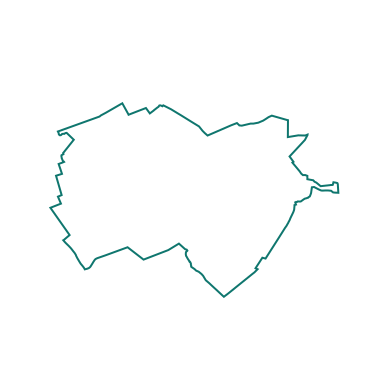 outline of Girov, Neamt, Romania, rotated 157°
{"feature_id": "2599482B5829792853228", "entity_name": "Girov", "entity_type": "district", "adm_level": 2, "iso_a3": "ROU", "parent_name": "Romania", "parent_adm1": "Neamt", "projection": "natural_earth1", "projection_center": [26.486, 46.949], "detail": "fine", "context": "isolated", "style": "outline", "palette": "teal", "viewbox_px": 384, "rotation_deg": 157, "n_neighbors": 0, "source": "geoboundaries", "source_scale": "gbopen_adm2", "svg_char_len": 3082}
<svg xmlns="http://www.w3.org/2000/svg" viewBox="0 0 384 384"><g transform="rotate(157 192 192)"><path d="M281.4,299.5L291.8,300.1L291.7,298.2L292.0,297.4L292.0,296.9L291.7,296.2L291.4,295.8L290.6,295.6L289.9,295.7L289.1,296.1L288.7,296.1L287.8,295.9L287.2,295.6L286.8,295.4L286.4,295.5L286.1,295.6L285.4,295.7L284.8,295.5L284.3,295.4L280.4,286.3L295.4,278.2L295.5,277.1L296.1,277.0L297.1,276.9L297.8,276.8L298.2,276.1L298.5,274.6L298.7,274.0L298.7,271.0L298.1,270.1L298.0,269.7L299.4,269.7L303.8,269.9L303.9,268.6L304.6,259.5L305.9,259.6L310.8,260.1L313.2,240.1L317.2,240.1L317.2,232.5L328.5,232.8L321.5,200.2L329.2,197.8L329.3,197.8L328.8,196.2L328.2,194.5L327.2,192.1L326.6,190.7L325.6,188.0L325.2,186.7L324.5,184.0L323.9,181.9L323.5,179.5L323.6,178.6L323.4,175.8L322.9,172.1L322.5,169.5L321.7,166.9L321.2,165.0L321.0,163.9L320.9,162.9L320.9,162.7L318.3,162.3L316.7,162.3L315.8,162.5L315.2,162.7L314.6,163.0L312.0,164.8L309.8,166.4L308.1,167.5L307.5,167.8L307.1,167.9L306.7,168.0L305.1,168.1L302.3,167.9L296.3,167.5L272.9,166.3L263.0,148.7L236.5,147.8L224.2,149.6L220.7,142.1L220.3,141.7L219.4,141.0L219.2,139.8L219.8,139.5L220.8,139.2L221.5,138.3L222.1,136.9L222.4,135.5L222.2,134.5L222.2,134.1L222.0,132.3L221.8,131.2L221.5,129.7L221.6,129.3L221.5,128.7L221.2,128.7L221.0,128.0L221.0,126.5L221.2,126.3L221.3,126.0L221.5,125.1L221.4,124.9L221.9,123.7L221.9,123.4L219.8,120.1L218.9,118.0L217.0,116.0L215.3,112.8L214.5,110.5L213.8,105.4L211.8,101.4L210.3,98.0L203.6,83.1L199.2,84.2L168.3,93.0L166.0,93.6L161.8,95.3L163.3,97.0L152.9,104.0L150.3,102.0L131.5,114.9L124.7,119.6L120.4,122.6L119.4,123.2L118.1,124.0L117.0,124.9L115.6,125.9L114.4,127.0L113.8,127.4L113.2,127.9L112.7,128.4L112.1,129.0L111.6,129.5L106.6,133.9L105.3,135.3L104.7,136.1L103.9,137.7L103.3,138.7L103.1,139.2L102.8,139.9L101.2,139.8L101.2,140.3L101.0,142.1L100.7,142.1L100.1,142.2L99.8,141.9L99.4,141.8L98.3,142.0L96.3,141.0L95.5,140.8L92.0,141.6L90.7,141.8L89.6,141.6L87.2,141.4L86.9,141.7L85.3,141.9L83.6,143.6L83.1,144.2L82.8,144.5L79.8,149.5L77.7,148.9L75.3,146.0L74.3,144.8L72.5,142.9L71.1,142.2L68.6,141.3L66.9,140.6L65.5,139.9L63.5,138.8L62.3,136.5L60.7,135.6L57.6,134.1L55.1,141.2L54.7,142.3L54.7,143.4L55.1,143.7L55.8,144.3L58.0,145.7L59.6,143.6L60.3,143.7L61.4,144.2L62.0,144.3L64.0,144.9L71.3,147.1L73.9,152.1L75.2,153.6L75.8,155.4L80.8,158.7L79.5,161.8L81.2,163.4L83.3,164.2L84.3,166.3L84.8,168.9L88.1,179.8L86.8,180.1L88.3,186.6L67.7,195.8L63.4,199.3L63.2,199.7L65.1,199.7L66.5,200.1L72.0,202.6L82.3,205.1L75.6,220.6L76.7,221.4L84.5,227.7L88.7,231.1L92.3,231.0L94.9,230.5L98.5,229.9L103.9,229.9L108.9,231.0L111.5,232.1L120.2,233.6L122.4,234.8L122.6,235.4L123.7,237.9L129.8,238.1L155.6,237.9L156.1,238.9L157.2,241.2L158.4,244.2L159.9,249.6L164.9,256.6L172.5,267.4L173.9,269.3L179.0,276.4L183.3,281.5L184.6,283.0L185.7,282.5L187.1,284.0L187.6,284.2L188.2,284.4L188.4,284.3L189.6,283.5L190.8,283.3L195.2,282.1L195.3,282.0L200.1,280.8L201.6,287.3L210.5,287.6L220.2,287.9L220.2,288.4L221.5,300.9L240.4,298.6L245.9,298.1L247.6,297.6L281.4,299.5Z" fill="none" stroke="#0f766e" stroke-width="2"/></g></svg>